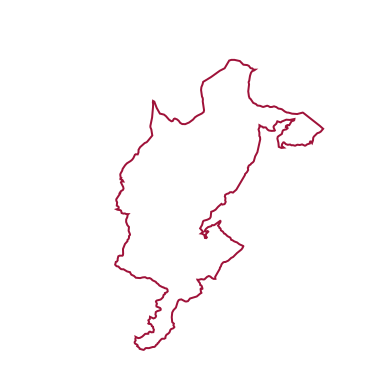 the district of Albán, Cundinamarca, Colombia, rotated 230°
{"feature_id": "7082276B79549864152225", "entity_name": "Albán", "entity_type": "district", "adm_level": 2, "iso_a3": "COL", "parent_name": "Colombia", "parent_adm1": "Cundinamarca", "projection": "orthographic", "projection_center": [-74.45, 4.893], "detail": "fine", "context": "isolated", "style": "outline", "palette": "rose", "viewbox_px": 384, "rotation_deg": 230, "n_neighbors": 0, "source": "geoboundaries", "source_scale": "gbopen_adm2", "svg_char_len": 6040}
<svg xmlns="http://www.w3.org/2000/svg" viewBox="0 0 384 384"><g transform="rotate(230 192 192)"><path d="M105.5,51.1L102.3,53.3L102.0,54.1L102.2,55.8L102.0,56.5L100.1,58.6L98.5,62.3L97.6,63.5L97.4,64.6L97.9,66.2L97.7,67.6L98.2,68.4L98.1,69.7L98.5,70.7L98.9,73.4L98.8,74.8L97.4,76.5L97.2,77.7L98.4,78.9L99.1,80.8L98.8,82.4L98.9,84.4L100.3,86.9L100.4,87.9L99.6,90.2L99.9,91.7L101.9,92.1L102.8,93.5L104.9,93.2L105.8,93.7L109.1,96.0L112.4,99.4L113.4,101.9L113.8,105.4L117.1,110.5L117.7,112.2L117.5,113.2L116.6,114.8L112.5,116.5L111.8,117.2L111.0,118.7L111.7,122.0L108.9,128.5L108.9,133.1L108.7,134.0L108.7,134.4L109.8,134.7L112.2,136.2L112.3,136.7L111.3,137.3L111.2,137.8L111.6,138.1L113.7,139.0L114.7,139.0L115.3,138.5L117.2,139.5L119.1,139.5L120.1,139.9L120.6,139.6L121.3,139.8L120.4,140.7L119.4,143.0L117.4,144.8L117.1,145.5L117.3,149.1L116.8,150.9L115.4,151.7L113.2,152.0L111.6,152.7L110.4,154.1L112.1,155.2L115.3,163.9L116.1,164.8L116.5,166.4L117.6,168.1L117.9,169.8L118.0,170.7L117.6,171.8L116.9,172.6L116.1,175.7L116.3,179.6L115.8,181.8L116.3,187.2L116.2,193.0L116.7,194.9L117.5,196.5L117.8,196.5L121.5,194.7L124.4,194.1L127.0,192.6L129.1,192.0L130.1,191.3L132.4,192.0L135.4,190.8L138.6,190.5L139.5,189.9L141.7,190.2L144.1,189.5L145.5,190.3L146.6,190.3L146.8,190.0L147.5,190.3L149.5,190.3L150.6,194.2L151.3,195.1L151.8,195.0L152.3,188.2L152.5,187.4L153.7,186.1L153.5,184.7L154.8,181.7L154.8,179.2L154.3,177.4L153.6,176.8L153.2,176.8L152.7,177.3L152.0,178.9L151.1,178.9L150.9,176.1L150.2,174.9L149.3,174.3L147.7,174.2L147.5,173.3L148.4,172.4L151.2,173.8L153.6,172.9L154.4,172.2L154.3,174.9L158.9,174.8L160.3,178.6L162.4,181.6L162.4,182.6L160.9,186.0L160.3,188.6L160.9,190.3L164.5,194.0L163.7,196.3L163.3,198.7L163.9,202.5L164.0,206.9L162.9,207.1L161.9,208.9L161.9,209.7L162.8,211.5L164.2,212.0L165.9,213.8L167.4,214.2L168.5,215.7L168.0,218.0L167.4,218.9L167.4,220.9L166.5,222.1L165.2,223.0L165.3,227.5L170.9,243.3L171.6,244.1L171.9,246.9L172.5,248.5L172.8,249.2L174.6,250.3L174.7,251.0L175.4,251.6L175.7,252.9L175.4,254.5L175.7,255.4L175.6,258.0L175.9,259.2L178.7,263.3L180.5,267.7L188.5,278.1L190.3,279.4L191.6,279.6L194.3,281.9L197.2,283.2L198.3,285.4L199.8,286.6L198.8,287.0L197.8,287.1L196.6,288.0L195.5,288.0L194.7,289.4L193.9,290.1L191.2,290.0L189.6,290.5L187.6,292.3L185.9,294.6L185.9,295.1L188.8,295.9L189.7,296.6L190.0,297.4L190.1,300.4L191.3,302.8L188.3,304.7L188.3,306.0L186.8,310.7L184.3,313.3L182.1,317.4L181.4,316.6L181.3,315.8L182.0,314.4L182.1,313.4L180.7,309.5L181.9,308.2L182.2,306.9L182.1,306.3L181.4,305.6L180.4,306.7L179.3,306.1L179.5,304.1L180.1,303.3L180.7,301.5L180.5,300.7L178.7,298.1L179.2,294.1L179.1,293.1L178.0,291.7L174.3,289.9L170.8,287.5L168.3,288.8L166.9,290.9L169.0,290.4L169.9,290.7L170.8,291.9L171.3,293.9L170.6,294.5L168.5,294.6L166.6,295.7L165.3,297.7L163.9,298.2L162.9,299.5L161.2,300.7L160.5,303.1L158.7,304.8L157.7,306.9L155.0,308.2L154.6,308.8L154.5,310.8L153.4,313.5L154.4,314.3L154.7,315.1L154.3,315.6L152.3,315.4L153.8,317.9L155.6,319.7L156.1,320.9L156.5,325.8L155.7,327.8L155.5,329.5L156.1,333.1L160.7,332.4L181.2,328.1L181.7,327.8L184.1,322.7L187.7,319.0L190.7,317.0L192.0,315.7L194.1,314.8L197.4,314.1L198.6,313.4L200.4,311.8L202.8,311.2L204.9,309.9L205.7,308.0L206.9,306.4L208.9,305.6L209.8,305.0L211.2,301.5L211.9,300.8L214.2,299.6L216.2,297.7L218.3,297.5L220.9,296.2L225.6,296.7L226.8,296.4L228.7,297.1L233.0,299.8L237.8,304.9L239.8,306.0L240.4,307.3L243.7,311.1L245.4,313.8L245.9,315.7L245.2,317.8L245.1,319.0L246.2,317.7L247.8,317.7L248.6,316.9L249.5,316.5L252.2,316.6L253.8,315.8L256.5,313.2L261.6,312.8L266.0,309.4L267.9,307.1L268.8,305.0L265.8,296.5L267.0,291.3L267.8,280.6L269.2,271.4L267.6,269.1L266.3,266.6L264.3,264.5L258.5,260.9L257.6,260.8L256.1,260.0L254.4,258.4L246.9,253.8L245.8,252.4L245.8,250.0L247.0,245.1L247.3,242.4L246.8,239.3L247.1,234.5L248.3,230.5L250.3,228.2L252.5,227.4L255.0,227.6L257.2,227.2L259.3,226.1L259.6,225.0L258.8,222.8L259.4,221.7L262.1,220.9L266.8,220.8L269.3,220.3L272.7,217.8L279.1,219.0L285.4,221.2L286.8,220.7L285.9,219.7L284.2,218.6L281.9,216.5L274.7,209.3L269.3,202.5L268.2,201.7L266.0,201.0L260.8,197.9L259.4,190.5L259.3,189.2L259.9,187.2L259.7,181.0L258.7,178.2L256.7,176.4L255.7,174.6L257.1,173.1L257.2,172.2L255.7,169.0L255.2,167.0L255.2,164.8L255.8,160.6L255.5,158.0L254.3,153.8L253.2,152.2L252.0,149.0L251.3,148.1L249.0,146.7L248.4,146.9L248.2,145.7L247.8,145.4L247.3,145.9L245.9,146.4L244.2,146.1L245.4,144.8L245.0,143.7L240.0,142.5L238.6,141.7L238.0,140.5L238.3,137.9L237.7,136.0L237.3,136.3L236.9,135.4L235.1,129.3L233.9,128.4L232.2,128.0L229.9,125.6L228.0,126.2L226.8,125.6L226.6,124.5L227.2,123.1L226.5,123.4L224.0,125.5L223.2,125.6L221.1,124.6L219.6,125.5L218.7,126.8L217.4,127.4L216.0,129.0L215.9,128.1L214.3,126.2L213.3,124.0L211.4,122.3L208.2,121.2L205.7,121.2L203.0,118.5L199.4,117.3L199.0,116.9L198.7,115.3L197.8,114.7L196.9,113.5L196.7,111.7L195.8,110.9L195.3,107.3L192.7,102.5L188.9,99.5L188.0,98.4L187.9,97.8L189.8,95.6L190.1,94.2L188.5,92.0L187.4,91.1L187.0,89.8L187.4,88.7L185.7,86.4L183.7,86.5L182.2,87.7L179.9,87.8L178.3,88.2L176.8,89.9L172.9,91.2L170.3,93.0L169.3,92.6L167.6,92.4L165.0,93.6L162.4,93.9L159.4,96.9L158.3,99.3L156.9,101.3L154.6,102.3L153.3,104.2L151.6,104.9L149.8,105.0L146.5,106.5L145.1,106.4L143.3,106.9L141.3,106.9L137.9,108.3L137.1,109.0L136.2,109.1L134.3,110.5L133.1,110.5L132.4,110.1L131.5,109.5L131.4,108.0L132.0,106.3L131.2,105.6L131.4,104.1L130.0,102.1L129.8,99.9L129.8,98.8L131.5,95.3L131.5,94.4L131.2,93.9L128.9,93.3L128.2,91.9L127.1,91.2L123.7,93.0L122.6,92.9L121.9,92.3L122.0,91.3L123.1,88.8L123.3,87.1L121.6,85.2L120.1,84.8L119.5,83.7L119.4,82.7L119.9,81.2L123.4,79.6L121.8,78.0L121.8,76.1L119.8,75.5L119.3,74.0L118.7,74.2L117.4,75.5L115.8,75.5L115.0,75.0L113.8,75.5L112.4,74.6L111.0,74.3L109.5,72.3L110.6,70.7L112.0,70.1L112.3,69.5L112.2,68.2L111.5,67.4L113.4,65.0L113.2,61.0L113.7,58.4L114.7,56.8L117.3,55.7L116.4,55.2L115.9,54.1L114.5,53.4L113.9,51.6L113.2,51.1L112.4,51.0L110.0,51.9L109.3,51.7L109.1,50.9L106.4,51.5L105.5,51.1Z" fill="none" stroke="#9f1239" stroke-width="2"/></g></svg>